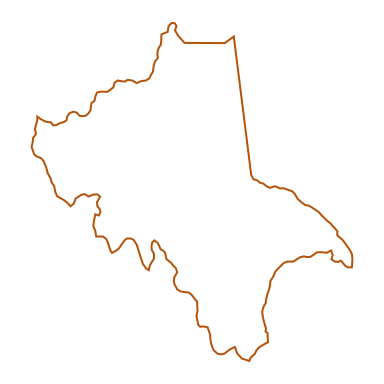 Lajedão, Bahia, Brazil (Robinson projection)
{"feature_id": "56859067B25037428626616", "entity_name": "Lajedão", "entity_type": "district", "adm_level": 2, "iso_a3": "BRA", "parent_name": "Brazil", "parent_adm1": "Bahia", "projection": "robinson", "projection_center": [-40.309, -17.565], "detail": "fine", "context": "isolated", "style": "outline", "palette": "amber", "viewbox_px": 384, "rotation_deg": 0, "n_neighbors": 0, "source": "geoboundaries", "source_scale": "gbopen_adm2", "svg_char_len": 3048}
<svg xmlns="http://www.w3.org/2000/svg" viewBox="0 0 384 384"><path d="M233.8,36.5L224.8,43.1L184.5,42.9L178.0,35.5L175.0,30.4L176.5,26.0L174.7,23.2L171.7,23.0L168.6,26.0L167.7,31.8L164.3,33.2L161.5,34.3L161.3,37.3L161.3,40.6L160.8,44.8L159.2,47.0L157.9,50.1L157.4,53.7L157.8,58.1L154.8,61.8L153.6,66.2L153.0,71.5L151.2,74.5L149.3,78.3L145.9,80.5L141.3,81.1L136.7,83.1L132.3,80.5L127.6,79.9L125.2,81.4L121.7,81.3L117.8,80.5L114.6,82.7L113.5,87.1L110.2,89.9L107.3,91.8L103.8,91.7L99.8,91.7L96.9,92.7L95.5,96.1L94.5,100.8L91.5,103.0L90.8,107.1L90.6,110.2L88.3,113.5L85.9,115.6L83.3,116.2L79.5,115.7L76.8,112.6L73.2,111.7L69.2,113.4L67.2,116.7L66.5,120.2L64.3,121.8L61.2,122.8L58.4,123.8L56.0,125.2L53.0,125.3L51.0,122.3L46.9,122.0L43.4,120.6L40.2,118.7L37.3,116.6L37.4,119.9L34.9,128.9L36.0,134.0L33.0,138.1L32.7,142.0L31.6,147.1L34.1,154.1L36.5,156.4L40.8,158.0L43.6,161.0L46.1,167.1L47.7,173.2L50.6,178.3L51.5,182.0L54.1,186.1L55.5,192.6L57.1,196.2L64.4,200.4L67.3,202.8L70.5,206.2L73.8,203.6L75.7,198.5L81.3,194.8L84.7,194.0L88.5,196.5L93.5,194.5L97.5,194.4L100.1,196.7L96.9,202.3L97.5,206.4L99.6,208.9L100.5,211.7L98.8,215.5L95.3,214.3L93.9,221.1L93.3,226.4L95.2,230.5L96.2,236.5L102.9,236.5L106.1,238.8L107.4,241.4L109.1,246.4L110.5,250.6L112.0,252.9L116.0,250.7L118.9,248.4L124.5,240.4L126.7,238.6L130.4,238.4L133.6,239.8L136.8,244.9L142.8,263.9L146.3,268.6L148.8,270.2L149.9,265.4L154.0,258.4L154.0,254.0L151.8,249.9L151.5,246.3L152.2,242.4L154.4,240.4L157.8,243.0L160.6,249.2L162.9,250.5L165.0,252.5L166.4,259.0L168.7,260.9L170.9,262.5L173.2,265.7L175.8,268.0L177.2,272.3L174.1,277.8L173.8,280.8L174.5,284.3L177.2,289.3L180.6,291.5L189.0,292.6L191.5,294.7L197.1,301.8L197.5,310.7L196.5,316.0L198.2,324.6L200.2,326.8L203.2,326.4L207.6,327.3L210.3,335.1L210.2,338.1L211.3,344.2L213.5,350.0L217.3,353.6L221.1,354.4L224.6,353.5L229.9,349.4L234.9,347.0L237.2,353.5L241.9,358.5L249.3,361.0L250.6,357.8L252.5,355.8L254.8,353.9L256.5,350.3L259.3,347.2L261.9,345.6L265.0,343.8L268.0,342.3L267.7,337.3L267.6,333.1L265.5,331.5L266.0,328.6L265.0,325.4L263.9,321.5L262.8,316.4L262.2,312.1L262.8,309.0L264.1,305.5L265.7,303.3L266.0,299.7L267.2,294.9L268.5,291.2L269.4,288.2L270.0,285.3L270.4,281.0L273.6,275.9L275.4,271.4L278.9,267.8L281.4,265.2L284.0,262.8L287.6,261.5L292.7,261.7L295.3,260.4L297.7,258.6L300.3,257.2L303.7,256.4L307.3,257.1L310.4,256.8L314.1,254.4L316.8,252.3L320.4,252.2L323.5,252.4L326.5,252.8L331.1,250.5L332.8,255.0L331.4,259.2L334.7,261.5L338.2,261.9L340.9,260.6L343.3,263.4L345.3,265.9L347.9,267.4L351.9,267.3L352.2,263.6L352.4,258.9L352.0,254.5L350.3,250.7L347.6,246.9L344.4,242.2L341.5,238.8L339.1,237.0L337.2,234.9L337.4,231.3L334.8,228.2L332.2,225.5L330.1,222.9L327.3,221.0L325.3,219.0L323.2,216.9L320.9,214.5L318.2,211.6L314.8,209.4L311.7,207.3L308.6,205.6L305.1,205.0L301.0,201.9L297.6,198.7L294.8,194.0L292.4,191.4L287.8,189.7L283.4,188.2L279.9,188.5L277.4,187.0L274.3,186.3L270.1,187.9L266.9,186.4L263.1,183.5L260.1,182.8L257.5,180.6L253.4,179.1L251.2,174.9L233.8,36.5Z" fill="none" stroke="#b45309" stroke-width="2"/></svg>